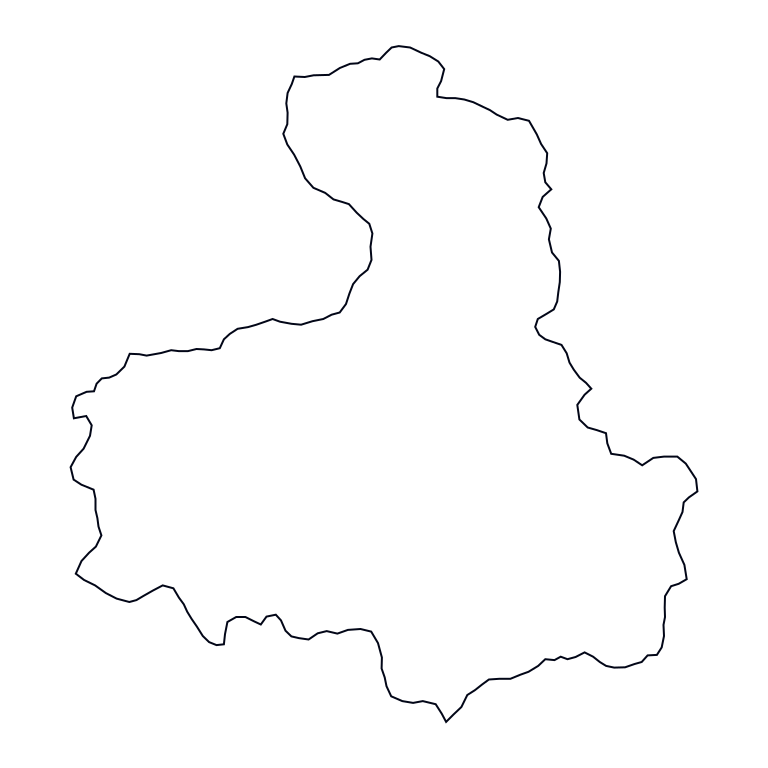 Nova Resende, Minas Gerais, Brazil (Natural Earth projection)
{"feature_id": "56859067B48705702609231", "entity_name": "Nova Resende", "entity_type": "district", "adm_level": 2, "iso_a3": "BRA", "parent_name": "Brazil", "parent_adm1": "Minas Gerais", "projection": "natural_earth1", "projection_center": [-46.418, -21.083], "detail": "fine", "context": "isolated", "style": "outline", "palette": "ink", "viewbox_px": 768, "rotation_deg": 0, "n_neighbors": 0, "source": "geoboundaries", "source_scale": "gbopen_adm2", "svg_char_len": 3123}
<svg xmlns="http://www.w3.org/2000/svg" viewBox="0 0 768 768"><path d="M294.4,76.5L291.8,84.0L287.6,93.0L286.3,103.4L287.6,112.7L287.3,124.2L283.3,133.8L287.3,144.5L294.1,154.6L300.3,166.5L305.1,178.3L313.4,187.8L325.2,192.9L333.5,199.4L342.0,201.9L348.9,204.1L356.7,212.7L363.4,219.0L369.3,223.8L372.4,233.5L370.5,246.7L371.5,259.9L367.6,269.7L359.6,276.2L353.1,284.1L349.4,293.6L346.0,304.0L339.7,312.5L331.6,314.7L323.3,319.0L312.5,321.2L301.1,324.7L291.5,323.8L280.0,321.7L272.6,319.0L265.4,321.6L256.1,324.8L248.0,327.1L237.6,328.8L229.8,333.9L223.9,339.3L219.8,348.2L211.6,350.2L203.9,349.4L196.5,349.0L188.0,351.1L178.6,351.1L171.2,350.2L161.1,353.0L146.6,355.6L139.3,354.2L129.7,353.8L124.4,366.6L116.3,374.5L109.2,377.6L101.8,378.4L96.6,383.7L94.0,391.3L86.6,391.8L76.2,396.3L72.2,407.6L73.9,418.3L86.2,416.0L91.7,425.3L90.0,435.8L83.6,448.7L76.2,456.9L70.6,467.2L73.6,479.6L81.4,484.7L93.6,489.7L95.5,498.8L95.5,510.0L97.4,518.2L98.5,526.6L101.4,535.4L95.9,546.6L89.1,552.7L81.5,561.0L75.8,573.7L84.1,580.0L95.1,585.4L105.9,593.1L116.6,598.6L129.3,602.0L136.4,600.1L143.5,595.9L153.0,590.5L162.7,585.4L173.4,588.3L178.9,597.6L183.8,604.3L187.2,611.7L191.6,618.9L196.9,626.6L202.8,636.0L209.1,642.1L216.5,645.1L223.9,644.3L225.0,634.2L227.4,622.0L236.2,617.0L245.4,617.0L254.2,621.4L260.8,624.5L266.5,616.6L275.8,614.7L281.0,620.4L285.5,630.7L291.4,636.4L298.8,638.1L308.6,639.5L317.7,633.3L326.7,631.1L337.4,633.6L347.9,629.9L360.5,629.0L371.2,631.6L378.0,643.1L381.9,657.5L381.6,668.5L384.7,677.4L386.5,686.2L391.2,696.3L402.3,701.1L413.1,702.9L422.8,701.1L435.7,704.2L441.8,713.8L446.1,721.9L453.6,714.4L461.4,707.0L467.3,695.0L475.0,690.1L482.1,684.5L488.9,679.5L499.3,678.8L510.4,678.8L520.4,674.7L528.5,671.8L538.2,665.9L545.3,659.2L554.5,660.1L560.7,656.7L567.5,659.2L575.6,657.0L584.6,652.4L593.1,656.7L599.8,662.0L606.1,665.9L614.2,667.6L625.1,667.3L634.6,664.0L641.7,662.0L647.6,655.4L656.9,654.9L661.7,647.4L664.0,636.0L663.5,624.9L665.0,617.0L664.7,607.7L665.0,596.2L671.1,586.2L678.7,583.8L686.7,579.2L684.4,564.9L678.9,552.7L675.8,542.1L673.7,531.1L678.7,520.4L682.5,512.0L683.7,502.4L688.9,497.4L697.4,491.4L696.0,479.1L690.8,471.2L685.8,463.6L677.3,456.6L664.0,456.6L653.3,457.9L642.2,465.3L633.6,459.6L624.2,455.7L611.2,453.8L607.3,443.3L606.0,433.2L596.8,430.1L587.7,427.5L579.4,419.5L577.3,404.9L584.6,394.7L591.3,388.7L586.1,382.9L579.7,377.7L573.8,369.7L569.5,362.6L566.7,353.3L561.5,344.9L553.0,342.0L545.3,339.3L539.2,334.8L535.2,326.9L537.8,319.0L546.8,313.7L553.8,309.4L557.2,301.5L558.3,292.2L559.8,282.1L560.1,271.8L558.9,260.9L552.0,252.5L548.9,239.3L550.8,228.6L546.3,218.5L538.7,207.2L542.7,196.9L551.3,189.3L545.3,182.3L543.7,173.0L546.5,163.4L547.2,153.2L541.1,144.0L536.8,134.4L529.0,120.8L517.9,118.0L507.7,119.8L496.7,114.6L489.9,110.1L483.3,107.0L473.3,102.2L464.3,99.5L455.1,98.1L446.3,98.1L437.3,96.7L437.3,88.5L441.1,81.1L444.2,69.1L438.3,61.5L429.8,56.2L421.4,52.8L410.1,47.5L398.7,46.1L391.6,47.5L386.1,52.8L379.7,59.5L371.9,58.4L364.5,59.8L357.9,63.3L350.1,63.8L340.0,67.9L329.0,74.9L313.6,75.3L304.8,77.0L294.4,76.5Z" fill="none" stroke="#020617" stroke-width="2"/></svg>